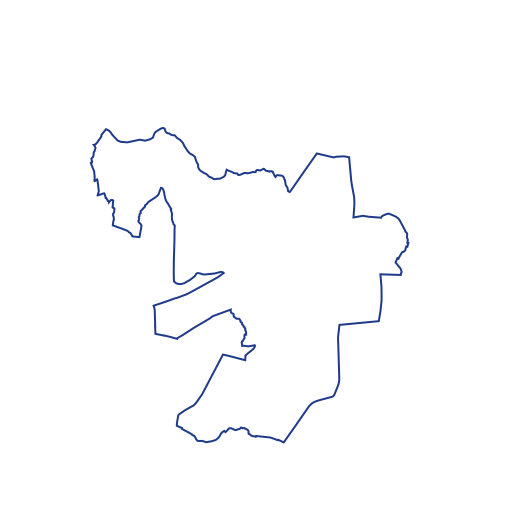 El Carmen Tequexquitla, Tlaxcala, Mexico, rotated 334°
{"feature_id": "50627088B42495423385863", "entity_name": "El Carmen Tequexquitla", "entity_type": "district", "adm_level": 2, "iso_a3": "MEX", "parent_name": "Mexico", "parent_adm1": "Tlaxcala", "projection": "orthographic", "projection_center": [-97.685, 19.341], "detail": "fine", "context": "isolated", "style": "outline", "palette": "blue", "viewbox_px": 512, "rotation_deg": 334, "n_neighbors": 0, "source": "geoboundaries", "source_scale": "gbopen_adm2", "svg_char_len": 6110}
<svg xmlns="http://www.w3.org/2000/svg" viewBox="0 0 512 512"><g transform="rotate(334 256 256)"><path d="M158.9,85.0L159.0,85.5L159.3,86.0L159.1,88.6L156.6,91.2L156.0,91.4L155.7,91.6L154.9,92.8L154.4,93.9L153.1,95.4L152.8,95.6L152.6,95.6L150.9,96.2L150.4,97.4L150.0,99.6L149.5,100.1L148.5,99.8L148.3,100.0L147.6,109.1L145.9,113.5L145.8,114.0L143.7,117.7L143.7,117.9L144.0,118.0L146.6,117.4L146.9,117.5L146.9,117.8L145.5,122.1L143.1,128.9L142.8,129.3L140.2,132.1L140.3,132.2L146.1,132.9L146.8,133.0L147.1,133.2L147.1,134.0L146.8,135.6L146.8,136.2L146.3,138.0L146.9,138.3L146.8,139.6L147.2,141.0L146.9,141.6L147.7,142.4L147.4,143.3L149.9,142.1L150.8,142.4L151.6,142.8L151.9,143.7L148.3,149.6L148.5,149.9L149.4,150.5L149.5,151.4L147.7,154.4L146.7,155.1L146.2,155.3L145.8,156.2L145.4,156.6L145.2,157.7L145.2,158.4L144.3,160.9L143.8,161.5L143.2,161.9L140.7,165.7L147.8,173.0L151.4,176.9L151.9,177.9L152.4,179.4L152.9,179.8L153.2,180.2L153.5,182.4L153.5,184.2L159.5,187.9L165.5,179.9L166.4,178.5L166.4,178.1L166.3,176.5L165.5,174.4L165.6,172.9L166.5,172.4L167.0,171.7L167.3,171.3L167.3,170.6L167.7,169.6L168.7,169.1L169.2,168.0L169.9,167.2L171.0,167.0L171.5,166.2L171.6,165.5L172.0,165.0L174.5,164.3L175.1,163.7L175.7,163.8L176.8,163.3L177.3,163.3L178.1,162.6L178.4,161.9L179.2,161.6L179.8,161.6L180.4,161.5L182.6,160.4L183.4,160.2L191.0,159.2L193.5,158.7L195.3,158.0L200.4,153.1L201.3,153.7L201.6,154.4L201.7,156.2L201.2,158.7L200.1,162.6L199.7,164.3L199.4,167.6L199.9,170.5L199.9,172.7L200.2,175.2L200.5,176.6L200.0,177.0L199.5,177.2L199.5,179.1L198.9,181.5L197.6,183.7L196.6,186.2L196.1,188.5L196.1,190.2L195.8,191.2L195.9,191.8L196.3,192.5L196.3,193.1L194.2,196.9L189.6,206.1L179.7,225.0L174.9,234.6L171.9,241.1L171.2,243.0L171.9,244.7L172.8,246.1L175.3,248.0L177.3,248.6L179.7,249.0L186.5,248.5L192.2,247.3L194.4,245.8L196.0,245.7L197.8,246.9L200.3,249.3L201.9,250.2L211.2,253.6L217.2,254.8L217.8,255.1L218.5,255.6L219.2,256.4L219.5,257.1L212.4,258.4L178.9,260.0L175.6,259.9L166.7,259.0L164.4,258.5L157.6,257.8L142.2,255.8L141.8,258.3L141.4,259.9L134.7,274.8L134.6,274.7L131.5,281.9L138.4,287.2L138.5,287.1L143.5,291.2L148.6,295.7L148.7,295.4L155.0,295.0L168.9,293.3L187.8,291.8L190.0,291.2L191.3,291.2L209.8,293.1L209.0,294.5L208.9,295.3L208.9,296.2L210.2,298.1L210.3,298.4L210.3,299.0L209.5,300.3L209.4,300.7L210.6,302.8L210.7,303.4L211.4,304.1L212.1,304.3L213.3,305.0L213.8,307.2L213.3,307.8L213.4,308.9L214.2,309.8L213.5,311.7L214.0,312.4L214.2,312.9L214.2,313.4L213.9,314.0L214.2,314.4L214.2,315.0L214.5,315.2L214.3,316.3L214.5,316.3L214.5,316.7L213.8,317.9L213.9,318.5L213.8,319.5L212.7,322.4L211.5,322.0L211.3,321.8L210.5,322.8L209.9,324.5L206.9,326.5L206.3,326.7L205.8,326.7L205.6,326.9L205.2,327.5L204.2,330.9L205.7,331.3L208.8,333.4L210.4,334.2L211.8,334.5L213.2,335.0L215.7,335.6L215.8,336.3L214.1,337.8L213.0,338.3L210.3,339.0L206.1,339.9L203.0,340.8L202.7,341.1L201.9,342.7L200.6,344.9L188.4,334.4L183.1,330.1L146.9,356.7L137.9,361.7L134.8,362.9L124.5,363.5L116.9,364.7L115.8,365.8L111.7,371.5L110.4,373.9L114.0,378.0L113.5,378.7L120.1,388.0L120.4,389.3L121.3,390.0L121.7,390.8L121.9,392.7L121.9,394.7L122.5,396.5L124.0,397.5L125.8,398.2L127.6,399.5L128.7,400.7L130.0,401.7L132.5,402.3L133.7,402.8L138.8,403.7L142.1,403.1L144.4,401.9L146.9,400.1L150.0,399.3L150.8,399.3L151.3,400.9L153.4,400.3L155.2,399.5L156.5,399.1L158.1,399.9L159.7,401.7L160.3,402.7L161.3,403.5L162.3,403.8L163.8,403.8L164.9,404.2L165.8,404.2L167.3,403.6L168.6,405.0L170.1,405.4L170.3,406.0L171.1,406.9L171.9,408.0L172.4,409.1L172.5,410.2L171.5,412.1L171.5,412.6L171.9,412.8L173.1,415.4L173.6,416.1L174.8,417.0L175.9,417.6L176.3,418.2L176.8,418.4L177.3,417.9L189.3,425.4L192.6,428.7L194.8,431.1L195.4,430.9L199.2,435.7L204.0,433.1L214.2,427.5L236.0,415.3L238.1,414.2L240.4,413.4L242.0,413.0L243.6,412.8L245.0,412.8L247.5,413.0L251.9,413.8L262.1,415.8L263.9,415.9L265.4,415.2L272.1,409.2L274.6,406.7L276.4,404.1L278.8,399.0L294.1,365.0L300.8,354.5L337.8,368.4L343.7,360.1L348.9,351.8L351.2,347.3L355.3,338.6L359.8,327.0L377.8,336.5L378.1,335.9L379.0,334.9L379.8,334.3L380.0,333.9L380.4,330.8L378.6,323.0L382.2,319.9L382.9,320.9L383.9,320.0L388.8,316.7L389.6,316.7L390.5,316.9L391.3,316.8L391.9,316.4L392.5,316.4L393.2,315.8L393.5,315.1L395.3,313.3L396.1,314.0L398.7,311.0L397.8,310.4L399.4,308.4L399.7,307.0L399.9,305.2L401.3,303.0L401.5,302.2L401.6,301.1L401.0,299.6L401.2,298.1L400.8,286.6L400.3,284.6L399.1,282.2L396.7,279.2L394.7,277.0L393.7,276.0L391.7,275.6L388.0,275.3L386.3,275.7L385.2,276.4L374.3,270.0L369.6,266.7L360.5,264.1L366.3,254.1L368.0,250.8L370.0,246.2L373.2,234.5L374.7,229.8L383.0,208.0L378.6,204.9L371.7,202.0L368.8,201.3L355.6,190.5L332.4,203.3L320.0,210.3L314.4,213.3L313.3,211.9L314.2,208.3L313.9,205.1L315.3,200.4L315.1,199.5L315.4,198.1L315.3,196.7L314.9,195.8L314.4,195.1L311.5,193.3L310.8,192.7L310.1,192.6L309.6,192.7L308.2,193.5L307.9,192.6L307.9,188.6L308.0,187.5L306.9,186.5L306.5,186.6L305.7,185.9L305.0,186.0L303.9,184.9L303.5,184.7L303.3,184.4L302.3,183.8L301.4,181.2L301.0,180.9L297.5,181.1L296.9,180.8L296.2,180.3L295.7,179.7L294.6,179.2L293.4,179.4L292.7,180.2L292.4,180.4L291.5,180.1L290.2,179.1L288.8,179.0L285.0,178.1L284.3,177.8L283.2,176.9L281.7,176.2L277.6,176.1L275.8,175.6L275.5,175.2L275.4,174.0L275.1,173.3L274.0,172.9L272.4,171.7L271.2,169.9L268.7,167.2L267.5,165.6L266.4,166.7L263.7,169.9L261.7,170.7L257.4,170.7L255.6,169.8L253.0,169.0L251.9,168.5L250.2,165.8L248.7,164.3L248.1,162.8L247.7,161.4L246.9,160.1L245.4,158.3L244.5,156.6L243.7,155.6L243.1,153.9L242.9,152.5L242.9,151.4L243.1,150.5L244.0,148.5L244.0,147.9L243.8,145.5L244.5,140.0L243.4,137.5L241.6,135.1L240.6,131.9L239.8,125.7L239.9,122.4L238.7,118.4L236.6,114.9L236.3,113.3L235.8,111.8L233.8,110.8L232.5,109.3L231.7,107.8L230.2,106.8L229.5,105.5L229.3,104.4L229.5,102.8L229.7,101.6L228.9,100.3L226.9,99.8L223.7,100.0L220.1,100.5L218.5,101.2L215.3,104.4L212.1,104.7L206.8,103.7L202.5,100.5L190.3,97.5L184.6,94.2L182.3,91.6L180.0,84.3L179.5,81.0L178.8,78.9L176.8,76.3L170.3,79.3L169.2,81.0L165.4,83.0L163.4,84.2L161.3,85.1L160.7,85.1L159.8,85.3L158.9,85.0Z" fill="none" stroke="#1e3a8a" stroke-width="2"/></g></svg>